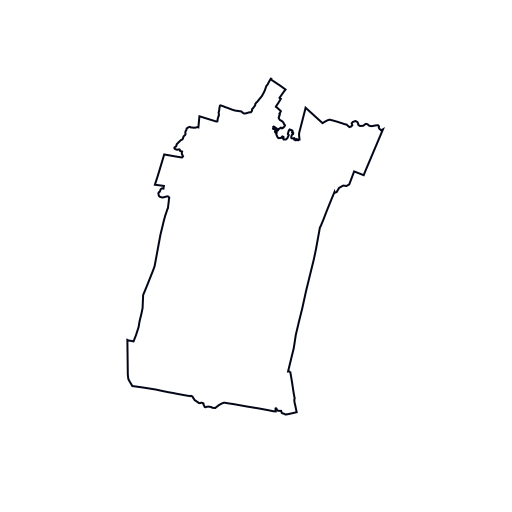 Izvoru, Arges, Romania, rotated 135°
{"feature_id": "2599482B92103311949718", "entity_name": "Izvoru", "entity_type": "district", "adm_level": 2, "iso_a3": "ROU", "parent_name": "Romania", "parent_adm1": "Arges", "projection": "equal_earth", "projection_center": [25.054, 44.498], "detail": "fine", "context": "isolated", "style": "outline", "palette": "ink", "viewbox_px": 512, "rotation_deg": 135, "n_neighbors": 0, "source": "geoboundaries", "source_scale": "gbopen_adm2", "svg_char_len": 5948}
<svg xmlns="http://www.w3.org/2000/svg" viewBox="0 0 512 512"><g transform="rotate(135 256 256)"><path d="M249.1,392.7L269.0,382.0L277.1,377.9L271.6,370.7L273.8,369.1L274.7,370.3L276.2,370.6L278.3,369.6L279.1,369.5L279.6,369.8L280.7,369.4L282.2,367.1L282.1,365.9L281.0,363.7L279.8,362.8L278.4,362.0L276.5,360.9L275.9,359.8L276.2,358.4L277.0,358.1L278.7,356.6L284.6,352.0L285.0,352.0L291.7,348.7L296.1,346.2L308.7,338.5L323.1,328.6L334.6,320.7L336.3,319.8L340.1,318.1L353.3,312.4L361.7,308.9L363.2,308.3L363.4,308.2L373.1,299.3L378.0,296.1L381.8,293.8L384.6,292.1L389.2,288.8L396.8,284.9L403.0,282.2L404.3,284.3L405.9,286.3L406.3,287.6L429.9,263.4L431.0,262.2L432.4,260.4L432.9,259.8L433.4,258.9L434.0,257.0L434.1,256.6L435.4,251.5L429.4,243.6L421.4,232.6L417.3,226.2L415.8,224.0L414.6,222.1L411.1,217.2L410.4,216.0L405.1,208.3L401.7,203.5L401.1,203.3L400.8,203.0L400.6,202.5L400.3,201.4L400.7,200.5L400.7,200.1L401.3,197.4L400.9,195.8L400.7,194.5L400.5,194.2L400.5,192.8L400.3,192.4L400.1,192.0L399.4,191.4L398.6,191.1L398.1,190.6L397.9,190.2L397.4,188.9L398.1,188.2L399.0,185.5L398.6,184.7L397.7,184.4L395.9,182.9L394.4,180.7L394.3,179.8L394.0,179.3L392.3,177.3L390.7,177.2L389.0,176.9L387.9,176.9L384.0,175.7L382.2,174.8L379.2,170.6L376.7,167.3L368.3,155.2L361.7,146.1L356.5,138.5L353.4,133.8L352.0,132.2L350.0,134.4L349.6,134.3L349.4,133.7L350.1,132.0L349.9,131.1L348.9,129.9L347.7,128.7L348.3,127.7L348.7,126.9L348.6,126.1L347.9,125.1L347.7,124.3L347.1,122.9L346.6,122.7L346.5,122.4L342.2,119.6L337.7,116.8L333.5,123.2L332.6,124.8L330.7,127.2L329.4,127.9L325.9,133.0L319.1,142.2L314.0,149.4L314.1,150.1L314.3,151.3L314.9,151.7L308.7,155.5L294.5,164.1L283.6,172.1L271.1,179.8L260.1,186.4L245.6,195.7L217.2,212.9L208.8,218.4L201.3,223.6L194.5,228.3L194.2,228.5L191.8,230.2L190.5,231.0L188.8,231.5L182.3,234.2L174.0,237.9L164.8,241.8L163.4,242.4L155.4,245.7L155.8,245.1L153.8,244.2L149.0,245.4L144.5,244.1L142.5,241.5L139.4,240.7L126.8,246.4L122.7,237.0L117.5,239.2L76.6,255.8L78.6,256.4L78.8,258.8L78.2,260.2L77.4,260.7L77.2,262.0L78.2,263.1L80.5,264.7L82.6,266.2L83.8,267.9L84.0,270.4L85.1,271.9L88.2,272.3L90.6,274.5L90.9,276.5L90.1,277.5L89.6,279.0L90.2,281.1L92.7,282.3L94.5,282.2L95.4,280.4L97.0,280.2L98.8,281.1L99.0,284.1L99.0,284.9L99.5,285.5L100.7,287.7L100.9,288.2L103.5,293.3L105.5,296.9L107.5,300.3L108.8,301.0L109.3,301.3L111.7,302.1L115.0,302.9L116.1,325.8L117.3,325.0L138.6,312.4L140.0,311.1L142.9,307.6L143.2,307.9L143.4,308.0L143.6,307.9L143.9,307.9L144.1,308.0L144.3,308.0L144.4,308.4L144.4,308.5L144.2,308.9L144.2,309.0L144.3,309.1L144.7,308.9L144.9,308.9L145.0,309.0L144.9,309.2L144.8,309.5L144.6,309.6L144.6,309.8L144.9,309.8L145.5,309.8L145.8,309.7L146.1,309.7L146.2,309.9L146.2,310.1L146.0,310.4L145.8,310.7L145.7,310.8L145.9,311.0L146.1,311.0L146.5,310.9L146.6,311.0L146.7,311.3L146.5,311.5L146.2,311.7L145.8,311.6L145.6,311.8L145.6,312.3L146.0,312.6L146.7,313.0L147.2,313.5L147.6,314.2L146.8,315.4L145.6,316.0L144.6,316.3L143.7,316.0L143.3,316.1L142.6,316.8L142.6,317.0L143.2,317.5L143.1,317.9L142.8,318.1L142.4,318.1L141.9,318.3L141.7,318.5L141.7,319.2L141.8,319.9L142.3,320.1L142.6,321.6L143.9,321.6L147.2,319.8L147.3,319.4L147.3,318.4L150.3,317.2L152.4,317.2L154.1,318.9L153.8,320.0L153.0,320.2L152.4,320.6L152.4,320.8L152.8,320.9L153.1,321.2L153.0,321.9L153.3,321.9L154.9,321.8L156.8,323.5L156.7,324.9L155.8,327.3L155.0,328.4L155.0,329.8L154.7,330.5L154.0,330.7L153.7,330.7L153.8,330.3L154.3,329.9L154.3,329.5L154.1,329.3L154.1,328.9L154.2,328.6L153.8,328.9L153.9,329.1L153.8,329.8L153.5,329.9L153.4,329.9L153.1,329.8L152.9,329.6L152.7,329.7L152.8,330.0L152.9,330.4L152.9,330.5L153.0,330.5L153.2,330.4L153.3,330.5L153.4,330.8L153.1,331.3L153.1,331.8L153.3,332.2L153.3,332.7L153.8,333.3L154.0,333.9L153.9,334.1L153.4,334.2L152.6,334.8L152.5,335.1L151.9,335.0L151.3,332.0L151.2,331.4L151.5,329.9L151.3,329.4L150.6,329.8L150.1,329.8L149.7,329.5L149.3,329.4L149.0,329.5L148.7,329.4L148.2,329.2L147.7,329.2L147.5,328.8L147.4,328.4L147.4,327.9L147.1,327.8L147.0,327.7L146.5,327.8L146.2,327.7L145.9,327.4L145.2,327.5L144.8,327.4L143.2,327.8L143.1,328.0L142.9,328.7L142.9,329.6L142.4,330.6L142.3,330.9L142.3,331.5L142.2,332.7L142.6,333.9L142.6,334.4L142.8,334.7L142.9,335.1L142.9,335.6L142.8,336.2L142.5,337.2L142.4,337.4L142.2,337.5L142.1,337.8L140.4,338.5L140.4,338.8L140.2,338.9L139.9,339.0L139.4,339.2L138.9,339.3L138.7,339.5L138.7,340.1L138.1,340.2L137.1,340.5L136.4,340.6L136.0,340.8L135.9,341.0L136.0,341.7L136.1,343.3L136.1,344.8L136.2,345.7L136.3,346.7L136.5,347.5L136.4,347.6L132.2,348.4L128.8,349.2L127.4,349.6L127.5,349.8L127.7,351.0L127.4,351.3L126.4,351.4L119.5,352.6L117.4,352.8L117.7,354.5L118.3,358.6L120.7,370.5L120.0,370.6L120.1,370.9L121.1,370.7L125.6,369.4L126.7,369.0L127.9,369.0L128.9,368.7L132.8,366.8L135.4,365.9L136.8,365.5L139.0,364.9L145.1,364.3L145.6,364.1L147.5,364.3L147.9,364.1L148.7,364.1L150.2,363.1L153.7,362.6L154.9,362.6L156.0,361.6L157.0,361.3L158.1,361.3L159.4,362.5L162.0,363.8L163.5,365.0L163.8,365.5L164.0,366.1L164.1,367.3L164.1,368.4L164.1,368.5L168.0,373.7L169.1,375.8L169.5,376.6L171.6,381.3L172.8,383.7L172.8,383.9L172.9,384.2L174.5,387.5L174.9,387.8L175.2,387.8L175.6,387.6L177.3,386.4L179.5,384.7L181.1,383.8L181.8,382.7L182.2,382.2L183.3,381.4L183.5,381.5L183.8,381.3L185.0,380.6L185.7,380.3L186.3,379.9L188.1,378.5L189.0,379.2L197.2,394.8L205.8,387.7L206.3,388.6L208.1,389.6L209.4,390.8L210.6,392.4L211.1,392.9L211.4,393.9L212.0,394.5L214.5,395.2L215.3,395.0L216.2,394.3L216.5,394.2L217.7,394.0L218.2,393.7L219.2,392.7L219.4,392.3L219.7,392.0L220.1,391.8L220.7,391.7L222.2,391.8L223.3,391.5L224.3,390.9L225.0,390.6L225.6,390.5L226.3,390.7L226.9,391.0L228.7,391.1L233.1,391.1L234.6,390.1L235.5,390.1L236.9,390.4L237.4,390.0L237.7,389.3L237.0,387.5L236.4,386.6L235.3,386.1L234.8,385.6L234.7,385.2L235.4,384.1L234.4,382.1L235.7,381.3L236.6,379.8L236.7,379.0L237.0,378.7L237.2,378.0L238.7,378.0L242.1,382.7L249.1,392.7Z" fill="none" stroke="#020617" stroke-width="2"/></g></svg>